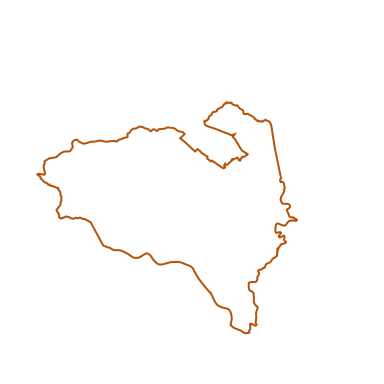 Altos Del Rosario, Bolívar, Colombia (Mercator projection), rotated 219°
{"feature_id": "7082276B5966279744772", "entity_name": "Altos Del Rosario", "entity_type": "district", "adm_level": 2, "iso_a3": "COL", "parent_name": "Colombia", "parent_adm1": "Bolívar", "projection": "mercator", "projection_center": [-74.186, 8.744], "detail": "fine", "context": "isolated", "style": "outline", "palette": "amber", "viewbox_px": 384, "rotation_deg": 219, "n_neighbors": 0, "source": "geoboundaries", "source_scale": "gbopen_adm2", "svg_char_len": 5997}
<svg xmlns="http://www.w3.org/2000/svg" viewBox="0 0 384 384"><g transform="rotate(219 192 192)"><path d="M211.3,287.9L212.2,286.8L214.4,286.0L215.9,285.7L217.7,286.1L218.3,285.7L218.7,284.9L219.1,284.9L219.9,284.5L220.3,283.7L221.2,283.6L221.0,282.7L221.9,282.2L221.8,281.5L222.1,281.2L222.3,279.2L222.0,278.4L222.1,276.8L222.4,276.0L223.1,275.4L223.9,272.8L224.3,272.0L223.8,271.2L223.7,270.3L224.5,268.8L225.0,268.7L225.5,268.1L225.9,266.9L226.0,265.2L225.4,264.4L225.4,264.0L226.2,261.8L225.9,260.4L225.1,258.8L225.6,257.8L225.4,257.1L226.0,255.6L226.4,255.3L226.9,255.4L227.0,254.8L225.3,253.2L224.7,252.8L223.3,252.5L222.1,252.6L212.5,256.2L206.2,258.1L199.5,260.4L197.5,260.6L196.8,261.2L195.2,263.7L194.8,260.4L191.5,260.0L181.4,256.3L179.7,255.8L178.7,255.7L174.2,256.3L172.5,256.4L172.5,255.4L173.2,254.0L173.5,252.5L174.0,252.1L174.5,251.1L174.8,251.0L175.2,250.4L174.9,249.7L175.0,248.4L174.5,247.3L174.4,246.5L175.8,246.2L176.6,246.9L177.1,247.1L177.5,246.9L177.9,247.2L178.6,247.2L178.6,246.5L180.0,244.3L180.0,243.6L180.4,243.0L181.0,243.3L181.3,243.1L181.5,242.4L180.8,240.8L181.0,240.5L180.9,240.1L181.6,238.2L181.4,237.0L181.8,236.1L181.6,235.7L182.3,235.2L182.5,234.5L183.0,234.2L183.5,234.2L184.0,234.6L183.9,234.0L183.7,232.7L183.2,232.4L182.2,232.4L181.8,232.1L181.7,231.5L182.0,230.9L182.7,230.0L196.4,228.9L196.5,227.7L201.4,227.6L202.2,229.2L209.6,228.4L209.8,228.7L214.6,228.9L215.0,225.4L215.4,225.4L228.1,226.3L235.0,226.3L234.2,232.4L236.8,232.8L240.4,230.9L241.3,230.6L242.8,230.4L244.2,230.6L246.0,230.3L247.6,229.5L249.4,228.2L251.1,227.3L251.8,226.6L253.2,223.9L257.1,220.1L257.5,219.4L257.3,218.1L257.7,217.4L260.8,217.0L261.7,216.2L262.3,213.3L263.0,213.0L265.0,213.4L267.3,212.6L268.9,211.7L270.5,211.7L272.9,210.5L274.2,209.5L274.7,208.0L275.6,206.1L277.7,203.9L278.2,201.4L277.8,199.4L278.1,198.1L278.8,197.0L277.9,195.4L277.3,195.2L276.7,193.9L279.0,191.2L279.6,189.3L281.9,186.4L282.0,184.6L282.6,183.6L284.4,183.0L285.4,181.8L287.9,179.7L289.1,178.1L292.0,175.9L293.2,175.6L295.0,174.7L296.1,173.9L299.0,170.3L302.5,167.1L304.7,163.5L306.7,161.3L310.8,160.1L314.3,160.3L315.8,158.7L316.3,157.2L316.3,155.4L315.6,154.1L314.1,153.0L312.8,151.5L312.4,147.6L312.8,146.4L316.9,142.9L318.4,139.3L319.3,135.0L319.2,134.1L319.9,133.0L322.6,130.1L324.1,128.3L325.5,124.6L325.8,122.8L324.9,122.1L323.4,118.3L317.7,113.7L317.6,112.5L322.9,109.5L323.2,108.4L321.5,108.3L319.8,108.5L319.2,108.3L318.3,107.2L315.6,107.3L314.9,106.9L313.9,107.0L312.5,106.7L311.9,106.9L311.0,107.7L308.3,107.2L307.6,107.5L307.4,108.1L306.2,107.9L305.3,108.0L304.2,109.0L302.6,109.1L301.6,109.9L300.0,109.9L298.7,110.9L298.4,111.0L297.5,109.7L296.0,109.5L294.3,109.0L293.2,108.0L291.9,106.5L290.3,106.1L289.3,104.3L288.0,103.0L287.9,101.7L286.4,99.7L286.2,99.0L286.0,92.8L284.9,92.1L282.8,91.5L281.1,90.7L280.3,90.0L279.5,88.9L277.8,88.7L277.0,89.1L276.8,89.9L276.3,89.9L276.0,90.2L276.0,91.2L275.2,91.9L274.8,93.5L274.0,94.0L273.4,94.1L272.5,94.9L270.9,95.3L269.6,95.3L268.7,96.0L267.4,96.4L266.3,98.2L266.0,98.9L264.5,99.3L263.1,101.5L262.1,101.9L260.3,102.2L258.4,103.4L254.2,104.3L253.1,104.3L252.0,104.8L227.2,94.5L222.4,96.1L220.9,96.9L216.9,97.4L215.7,97.9L212.2,100.8L209.3,102.2L202.7,103.6L196.8,104.0L195.2,104.7L193.0,106.4L191.7,108.1L189.2,115.1L188.2,116.1L186.1,116.6L184.6,116.5L182.8,116.1L180.7,115.3L178.9,114.9L175.3,114.5L173.7,114.5L171.9,115.1L170.5,116.0L169.3,117.3L164.4,124.0L158.9,129.0L155.3,130.7L146.6,133.3L143.9,133.4L136.2,130.2L131.9,128.7L123.0,126.6L114.6,125.2L114.4,125.6L113.7,125.0L112.6,124.7L105.5,121.3L102.0,120.2L99.7,120.3L97.2,120.9L94.9,121.7L91.0,123.6L89.0,123.8L87.2,123.3L84.3,121.5L81.2,118.4L78.2,112.8L74.8,112.7L73.2,113.0L66.6,115.1L64.0,115.2L62.3,115.4L60.7,116.6L58.9,118.9L60.0,119.6L60.4,120.7L60.3,121.8L60.4,122.2L61.6,123.4L61.8,123.9L63.6,125.7L63.7,126.2L63.2,126.8L62.1,127.0L61.8,127.4L60.2,127.5L58.9,127.8L58.5,128.3L58.2,129.4L58.8,130.0L60.0,130.1L60.5,130.5L60.8,131.4L63.2,135.1L66.1,138.2L68.3,143.6L68.9,144.1L71.4,144.0L74.1,144.9L75.2,145.9L77.8,149.4L80.9,152.2L82.6,152.5L84.9,151.8L86.5,152.4L88.4,154.1L90.5,156.9L90.5,157.6L90.0,158.6L86.4,161.7L85.9,162.3L85.8,162.7L85.9,164.4L86.7,165.9L87.5,166.6L88.1,169.9L88.5,170.8L89.1,171.4L90.5,171.7L90.9,172.4L91.0,173.0L90.8,173.8L89.5,174.9L88.9,176.9L88.9,177.8L88.5,178.0L88.0,178.9L88.0,179.4L88.8,181.6L89.0,182.4L87.1,186.4L86.9,188.0L87.4,190.9L86.9,192.1L86.4,192.8L86.1,194.7L85.8,195.1L85.8,196.2L86.9,197.0L87.1,198.1L88.4,199.2L88.3,200.5L88.7,200.9L89.2,200.9L89.5,201.5L89.4,201.9L89.9,201.8L89.9,202.1L89.5,205.0L90.0,207.1L89.2,208.4L88.6,208.9L87.3,211.0L87.3,211.9L87.7,212.4L89.4,212.3L90.3,212.8L92.0,215.5L92.9,216.0L93.3,215.8L95.0,212.0L95.8,211.7L96.4,211.9L97.0,212.6L96.8,214.4L97.1,215.3L96.9,215.9L97.3,216.5L97.5,216.5L98.6,216.1L100.3,213.6L100.9,213.3L101.7,213.4L103.0,214.5L105.2,217.6L106.2,219.8L106.2,220.6L105.5,221.6L103.4,222.3L101.6,222.7L99.5,223.6L98.7,224.4L98.4,225.7L98.5,229.6L98.0,230.8L96.8,232.5L93.0,235.1L92.7,235.7L93.1,236.5L94.2,236.5L95.9,235.9L97.2,236.1L98.4,235.0L99.6,234.5L100.8,234.1L102.6,235.5L105.8,236.9L107.2,238.1L106.4,240.1L106.4,241.6L106.5,242.2L107.0,242.9L107.8,243.3L108.8,243.3L110.0,243.1L111.2,242.3L113.4,240.4L114.2,240.1L115.3,240.1L117.9,241.4L118.7,242.2L118.7,242.9L119.8,244.7L120.0,245.9L120.1,248.1L120.5,248.9L120.7,250.5L121.0,251.1L122.1,251.6L122.2,253.0L122.5,253.6L123.9,254.6L125.4,256.2L127.2,256.9L128.1,256.8L128.5,256.6L129.1,255.6L129.8,255.6L130.1,255.8L131.4,257.3L131.4,258.7L155.2,278.2L171.9,293.3L174.3,294.8L175.8,295.3L177.2,295.1L178.9,294.4L180.2,294.5L180.6,293.7L180.8,292.9L181.6,292.1L181.4,291.3L181.5,291.0L182.2,290.5L182.9,290.3L184.1,289.2L184.5,289.4L184.9,289.3L186.0,288.3L187.0,288.8L188.3,288.2L189.1,288.2L190.2,289.0L192.0,288.7L193.8,288.8L195.8,288.1L198.0,287.9L198.9,286.7L200.6,285.4L201.7,285.7L203.0,287.0L203.7,287.5L205.2,287.4L207.1,287.0L208.9,287.2L211.3,287.9Z" fill="none" stroke="#b45309" stroke-width="2"/></g></svg>